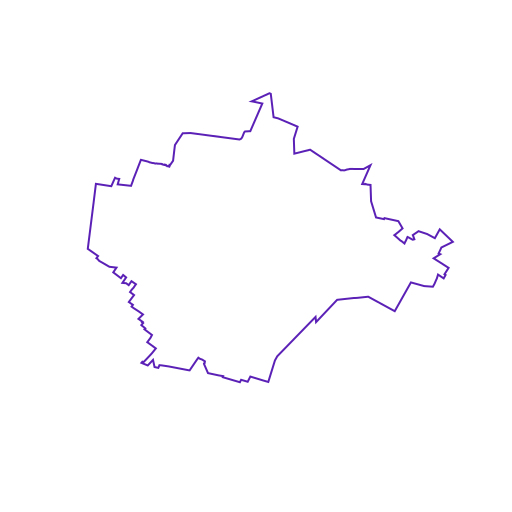 Ocampo, Tamaulipas, Mexico (Albers equal-area conic projection), rotated 119°
{"feature_id": "50627088B71121677277682", "entity_name": "Ocampo", "entity_type": "district", "adm_level": 2, "iso_a3": "MEX", "parent_name": "Mexico", "parent_adm1": "Tamaulipas", "projection": "albers", "projection_center": [-99.342, 22.844], "detail": "fine", "context": "isolated", "style": "outline", "palette": "violet", "viewbox_px": 512, "rotation_deg": 119, "n_neighbors": 0, "source": "geoboundaries", "source_scale": "gbopen_adm2", "svg_char_len": 3281}
<svg xmlns="http://www.w3.org/2000/svg" viewBox="0 0 512 512"><g transform="rotate(119 256 256)"><path d="M270.5,431.0L287.6,424.1L331.3,406.6L332.6,394.1L335.3,394.5L335.4,393.2L336.3,390.8L336.5,379.0L333.8,372.4L339.5,372.9L340.9,363.4L337.0,363.0L337.7,359.2L344.3,359.8L343.3,357.5L342.8,356.5L342.8,356.0L343.2,353.2L338.4,352.7L338.9,347.3L341.5,347.6L343.0,347.7L345.0,348.2L346.6,348.5L347.0,348.5L348.6,348.7L349.3,343.7L352.5,344.2L357.9,344.9L358.4,340.0L360.6,340.3L360.9,337.8L361.3,331.9L361.5,330.2L361.9,326.5L366.6,327.9L368.0,328.3L368.6,323.2L369.2,323.4L369.4,322.2L372.0,322.8L372.3,321.6L372.5,320.1L373.0,317.7L374.2,318.0L374.9,313.1L375.5,308.7L378.7,308.6L384.1,309.3L384.3,307.5L385.4,298.8L391.6,299.9L394.5,300.6L400.4,302.1L403.3,302.9L403.5,304.1L405.0,304.4L404.2,297.6L396.8,295.7L402.3,290.9L401.2,287.2L398.3,287.5L397.3,285.2L394.9,278.8L388.6,259.6L388.2,258.6L375.1,257.4L372.9,257.1L373.1,255.5L372.7,252.8L372.9,249.6L373.3,249.5L374.6,249.0L375.2,249.4L375.5,249.3L381.7,241.2L378.5,230.7L377.0,226.5L378.1,226.3L377.6,224.0L374.2,208.9L371.5,209.0L370.0,202.3L364.2,202.5L361.4,189.4L360.2,184.2L338.2,188.8L335.3,188.8L333.4,188.8L280.4,174.4L284.7,171.4L255.0,163.8L245.4,150.2L245.0,149.5L244.9,149.3L243.5,147.1L237.2,138.1L237.0,107.9L204.0,107.7L200.8,94.4L200.4,93.5L197.1,86.4L193.7,86.4L189.9,86.8L188.1,86.9L184.0,87.8L184.6,81.0L180.7,81.0L180.6,82.3L173.0,81.8L171.9,99.5L165.1,95.7L165.3,97.5L160.8,97.8L158.7,98.0L148.2,90.7L143.6,108.2L153.7,108.2L153.8,116.1L153.8,116.9L155.5,125.9L156.2,126.2L161.7,129.0L162.3,128.2L163.1,127.3L163.6,126.7L164.6,125.6L164.8,125.8L165.6,126.6L165.8,126.9L165.8,127.5L165.8,129.6L165.8,130.4L165.8,131.6L165.9,132.7L167.4,132.6L169.0,132.4L171.1,132.3L171.4,132.4L171.8,132.3L173.1,132.2L172.4,136.2L172.5,137.0L171.5,141.3L170.7,145.1L168.9,144.3L168.4,144.1L166.9,143.5L166.3,143.2L160.8,141.2L156.5,148.4L160.6,162.0L161.7,161.9L164.1,169.7L152.3,181.9L138.3,190.3L139.6,193.3L139.8,194.5L140.0,195.5L140.4,195.4L141.6,198.0L121.1,199.9L127.8,204.1L134.4,216.2L135.1,216.9L136.3,218.4L138.1,220.0L138.9,221.5L139.2,222.3L139.9,223.2L136.8,260.2L147.9,272.1L135.2,279.7L122.7,282.3L124.9,303.4L126.1,307.9L109.2,320.1L107.0,321.7L107.1,323.1L122.8,334.7L122.3,333.2L119.6,324.4L149.6,321.5L152.4,326.0L153.6,326.3L158.3,325.7L159.6,325.7L160.7,325.9L162.1,326.9L180.2,372.9L183.8,378.9L183.9,379.1L184.2,379.6L198.2,380.7L202.7,378.9L212.9,374.7L217.7,375.2L218.1,375.8L218.9,375.2L219.9,375.1L220.0,375.6L220.0,375.9L219.9,376.0L219.9,376.4L220.0,376.5L220.3,376.8L220.5,377.1L220.4,377.3L220.4,377.5L220.4,377.9L220.5,378.2L220.5,378.3L220.4,378.5L220.1,378.6L220.1,378.8L220.0,379.0L220.2,379.3L220.2,379.5L220.4,379.4L220.5,379.6L220.6,379.8L220.8,380.2L221.0,381.0L221.1,381.5L221.3,382.3L221.2,382.4L221.3,382.5L221.3,383.5L222.0,384.9L222.7,386.4L223.0,386.9L223.1,387.6L223.6,388.4L224.0,388.9L224.3,390.4L224.9,391.7L225.5,394.1L225.7,394.5L225.7,395.6L225.9,396.5L226.3,398.1L226.6,399.2L227.0,400.7L227.2,401.5L227.4,402.2L227.5,402.7L227.7,403.3L229.0,403.1L234.2,402.4L239.1,401.7L248.9,400.4L249.4,400.2L255.2,399.3L260.4,411.7L254.9,413.0L255.8,415.2L255.9,416.4L255.9,417.2L265.1,416.4L268.9,426.7L270.5,431.0Z" fill="none" stroke="#5b21b6" stroke-width="2"/></g></svg>